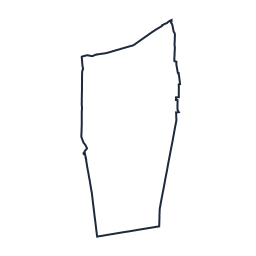 Boekel, Noord-Brabant, Netherlands, rotated 93°
{"feature_id": "6326949B38517074221522", "entity_name": "Boekel", "entity_type": "district", "adm_level": 2, "iso_a3": "NLD", "parent_name": "Netherlands", "parent_adm1": "Noord-Brabant", "projection": "natural_earth1", "projection_center": [5.678, 51.606], "detail": "fine", "context": "isolated", "style": "outline", "palette": "slate", "viewbox_px": 256, "rotation_deg": 93, "n_neighbors": 0, "source": "geoboundaries", "source_scale": "gbopen_adm2", "svg_char_len": 4352}
<svg xmlns="http://www.w3.org/2000/svg" viewBox="0 0 256 256"><g transform="rotate(93 128 128)"><path d="M59.2,177.9L59.4,177.9L59.9,177.9L60.5,177.8L62.5,177.5L67.7,176.8L69.0,176.6L69.3,176.4L69.8,176.2L70.1,176.2L70.3,176.2L71.2,176.0L71.9,176.0L72.1,176.3L73.2,176.6L73.9,176.6L74.1,176.6L74.4,176.7L74.6,176.8L75.1,176.7L76.0,176.7L78.2,176.6L78.7,176.6L79.3,176.6L81.0,176.5L82.4,176.4L84.2,176.3L85.2,176.3L85.3,176.3L85.7,176.3L85.9,176.3L87.4,176.2L87.7,176.2L89.9,176.1L91.3,176.0L93.9,175.9L95.2,175.9L98.3,175.8L99.8,175.7L101.1,175.7L102.3,175.6L104.7,175.5L104.9,175.5L106.5,175.5L106.9,175.4L107.4,175.4L109.1,175.1L109.4,175.1L109.6,175.1L110.6,175.0L111.5,175.0L111.9,174.9L112.3,175.0L112.9,175.0L113.3,175.1L113.7,175.0L114.2,175.0L115.3,175.0L116.5,174.9L116.8,174.9L118.1,174.8L119.3,174.8L120.5,174.7L121.7,174.6L122.9,174.6L124.0,174.5L125.7,174.4L126.3,174.4L127.0,174.4L129.8,174.3L131.0,174.3L132.2,174.3L132.7,174.3L133.2,174.2L138.4,174.2L139.3,174.1L142.9,172.6L144.1,172.0L144.4,171.9L145.1,171.6L146.3,170.5L147.3,169.6L147.7,169.4L149.5,168.4L149.8,168.2L150.4,167.9L150.7,167.9L152.0,169.0L152.3,169.3L152.8,169.6L153.0,169.7L153.1,169.8L153.3,169.9L153.5,170.0L153.8,170.1L154.0,170.1L154.4,170.4L154.6,170.5L155.0,170.7L155.2,170.9L155.5,171.1L156.0,171.0L156.5,170.6L156.0,169.6L157.5,169.3L158.2,169.1L158.7,168.9L159.9,168.5L160.0,168.7L160.8,168.4L160.8,168.5L161.5,168.3L165.2,167.5L167.6,167.0L168.5,166.8L170.7,166.3L172.7,165.8L176.0,165.0L178.4,164.5L181.2,163.8L182.4,163.5L189.3,162.0L189.6,162.0L191.1,161.6L195.4,160.6L197.2,160.3L201.8,159.5L205.1,159.0L207.5,158.5L208.8,158.3L211.2,157.9L213.4,157.5L215.0,157.2L216.5,157.0L219.1,156.5L224.6,155.5L226.5,155.2L229.2,154.7L231.1,154.4L235.5,153.6L236.8,153.4L238.1,153.1L237.9,152.1L237.6,151.1L237.4,150.1L237.1,148.7L236.8,147.3L235.5,141.6L234.6,137.4L234.5,137.0L233.3,131.6L232.3,127.1L231.2,121.7L230.2,117.2L229.4,113.6L229.3,113.4L228.5,109.5L227.6,105.5L226.7,101.4L224.7,92.1L224.6,91.7L220.2,91.8L215.2,91.9L214.6,92.0L214.1,92.0L213.0,92.0L207.2,92.1L203.5,91.6L201.6,91.4L194.2,90.4L186.5,89.3L181.2,88.6L175.7,87.9L171.4,87.3L168.9,86.9L165.4,86.5L158.6,85.6L157.2,85.4L154.3,85.0L149.9,84.4L139.2,82.9L136.2,82.5L128.3,81.5L126.7,81.3L118.1,80.1L117.5,80.1L117.3,80.1L116.9,80.1L116.2,80.2L113.3,80.5L111.6,80.6L109.9,80.8L109.8,79.6L109.5,78.1L107.3,79.5L107.2,79.5L103.0,79.8L101.6,79.8L97.5,80.0L97.4,80.1L97.5,80.9L97.5,81.6L97.4,81.6L94.9,81.7L94.6,78.9L93.4,79.0L92.7,79.0L88.3,79.2L86.1,79.3L85.3,79.3L84.4,79.4L82.3,79.6L82.0,79.6L81.8,79.6L81.6,79.0L81.6,78.6L81.5,78.3L75.2,79.4L70.5,80.3L70.6,81.0L69.3,81.4L68.4,81.6L66.6,82.0L66.0,82.1L64.9,82.4L63.9,82.6L62.8,82.9L62.5,82.9L61.4,83.1L60.4,83.1L59.3,83.1L59.2,83.2L59.1,83.8L59.0,84.2L58.9,85.0L58.7,85.2L58.6,85.3L57.5,85.3L56.3,85.3L55.1,85.4L53.6,85.3L52.1,85.4L51.8,85.4L50.3,85.4L49.0,85.4L47.1,85.4L46.2,85.4L45.6,85.4L45.4,85.4L45.1,85.4L44.8,85.5L43.6,85.7L43.4,85.8L41.8,85.9L41.6,85.9L41.3,85.9L40.9,85.9L40.0,85.9L39.0,85.9L38.7,85.9L38.3,85.9L37.1,85.9L35.9,86.0L34.7,86.0L33.9,86.0L33.1,86.0L32.8,86.0L32.6,86.0L31.8,86.2L31.1,86.3L30.9,86.4L30.7,86.5L29.6,87.3L29.4,87.4L28.2,87.8L27.2,88.0L26.0,88.3L24.9,88.6L24.0,88.8L23.8,88.8L22.4,89.3L22.2,89.4L22.0,89.5L21.1,90.1L20.3,90.7L20.2,90.7L19.6,90.2L19.4,90.2L18.5,90.1L18.3,90.1L18.1,90.2L17.9,90.2L18.0,90.4L18.6,91.5L19.1,92.3L19.3,92.6L19.6,93.0L19.9,93.4L20.8,94.2L21.1,94.5L21.3,95.0L21.7,95.5L21.7,95.8L22.0,96.6L22.2,97.0L22.5,97.3L23.3,98.7L23.5,99.2L23.8,99.2L24.0,99.2L24.3,99.3L24.7,100.0L25.3,100.8L28.2,105.2L29.7,107.2L30.8,108.7L35.1,114.2L42.8,124.0L44.4,126.0L45.0,126.8L45.1,127.0L45.5,128.0L45.8,129.0L47.5,133.9L47.5,134.0L48.3,136.2L48.6,137.1L48.8,137.6L49.0,138.3L49.1,138.5L49.2,138.9L49.6,139.9L50.4,142.2L50.8,143.5L51.9,146.5L52.7,148.8L54.4,153.8L54.6,154.9L55.0,156.8L55.1,157.3L55.1,157.5L55.9,161.5L56.3,162.6L56.3,163.0L56.1,163.2L56.2,163.5L56.6,164.2L56.7,164.6L56.8,164.7L57.2,165.6L57.5,166.1L57.7,166.4L57.8,166.7L57.9,167.0L58.0,167.3L58.0,167.6L58.1,167.8L58.1,168.0L58.0,168.6L58.0,169.0L57.9,169.2L57.9,169.6L57.8,169.9L57.8,170.4L57.7,170.7L57.6,171.6L57.5,171.9L57.5,172.3L57.5,172.6L57.5,172.8L57.6,173.0L57.7,173.4L57.8,173.8L58.0,174.4L58.2,174.9L58.4,175.6L58.6,176.2L58.8,176.8L59.0,177.2L59.2,177.9Z" fill="none" stroke="#1e293b" stroke-width="2"/></g></svg>